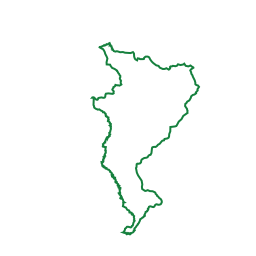 the district of Cáchira, Norte de Santander, Colombia, rotated 306°
{"feature_id": "7082276B44940516663125", "entity_name": "Cáchira", "entity_type": "district", "adm_level": 2, "iso_a3": "COL", "parent_name": "Colombia", "parent_adm1": "Norte de Santander", "projection": "orthographic", "projection_center": [-73.176, 7.699], "detail": "fine", "context": "isolated", "style": "outline", "palette": "green", "viewbox_px": 256, "rotation_deg": 306, "n_neighbors": 0, "source": "geoboundaries", "source_scale": "gbopen_adm2", "svg_char_len": 5826}
<svg xmlns="http://www.w3.org/2000/svg" viewBox="0 0 256 256"><g transform="rotate(306 128 128)"><path d="M175.2,167.3L175.7,166.7L177.0,166.0L177.3,165.3L178.1,164.6L179.3,161.3L181.2,160.2L182.6,160.6L184.1,160.4L186.4,161.4L189.2,161.1L190.8,160.5L192.8,161.0L194.2,162.1L196.1,162.7L196.6,162.0L199.3,162.3L200.2,161.4L203.0,161.3L203.5,159.5L203.2,158.9L202.9,157.5L203.0,156.8L204.4,155.7L205.8,153.9L207.7,150.2L208.5,149.2L209.1,147.4L210.2,146.3L211.2,144.5L212.4,144.5L215.2,145.5L215.4,145.2L215.2,143.5L215.3,141.8L213.3,140.6L212.2,138.1L213.1,135.7L211.9,135.4L209.8,133.5L208.9,131.0L207.2,131.0L205.9,130.1L204.6,127.7L203.6,127.3L202.8,126.2L202.0,126.1L201.1,127.0L200.3,127.0L199.9,127.0L199.6,126.5L199.2,126.5L198.9,123.9L197.5,123.1L196.2,121.5L195.5,118.2L196.2,116.2L195.3,114.0L195.4,110.2L195.7,108.2L196.5,105.7L197.6,103.6L197.4,102.0L196.2,100.4L195.2,100.0L194.2,99.8L193.3,100.3L193.0,100.2L191.0,97.6L190.7,96.9L190.8,96.4L190.1,95.0L188.1,95.6L187.9,93.6L188.2,92.7L189.3,91.1L191.8,89.0L192.3,87.4L190.2,86.1L187.7,82.2L187.1,81.2L186.5,79.3L184.7,77.1L183.9,74.6L183.5,73.8L182.4,72.9L181.9,71.3L182.4,70.1L182.1,69.5L182.7,69.2L182.6,68.4L183.3,68.3L183.6,67.5L184.2,66.9L184.1,66.6L184.4,66.5L184.3,66.0L184.7,65.5L184.5,65.2L184.9,64.6L184.5,64.5L185.4,64.0L185.9,63.2L184.8,62.6L183.9,62.5L183.2,61.9L183.1,61.4L182.7,61.5L181.6,61.1L180.9,60.6L181.0,60.0L180.0,59.7L177.8,58.4L176.7,57.3L176.5,56.7L176.8,60.1L177.2,60.9L176.7,62.7L175.8,64.5L174.6,66.0L173.2,68.8L172.1,70.5L168.6,72.0L166.9,73.4L168.7,76.3L168.1,77.3L167.3,79.8L167.9,82.4L168.0,85.4L167.6,85.6L167.5,86.4L166.6,88.2L166.6,88.9L165.9,90.0L165.7,91.1L164.6,91.9L163.7,92.0L163.0,92.5L162.0,94.7L161.2,94.9L160.0,95.7L159.3,97.1L159.0,97.0L157.3,96.2L156.6,94.6L156.1,94.2L155.5,92.5L154.1,92.9L152.5,92.2L152.1,92.6L151.0,92.5L149.8,92.8L149.3,94.9L148.3,95.3L147.7,96.0L147.0,95.8L146.5,95.4L144.5,91.8L142.8,90.0L141.9,90.1L139.9,91.2L138.8,91.2L137.9,90.3L137.1,88.5L135.2,86.7L134.6,86.4L133.3,86.8L132.7,86.5L132.3,85.6L132.7,82.5L132.4,81.8L131.8,81.2L131.6,81.2L131.9,81.5L131.8,82.3L131.1,83.4L126.3,86.6L125.7,87.8L125.1,88.1L124.6,89.0L124.7,91.3L125.1,92.1L125.1,92.8L126.2,93.8L126.2,95.9L126.6,97.5L126.0,98.5L126.8,99.6L126.4,100.4L126.4,101.4L126.2,101.9L125.7,101.9L124.6,103.1L125.0,103.6L125.0,104.0L124.6,104.3L125.0,106.0L123.7,106.5L123.8,107.0L123.5,107.5L122.5,107.6L122.2,107.9L121.9,107.6L121.7,107.7L121.8,108.6L122.1,109.1L121.6,110.4L121.2,110.5L121.2,111.8L120.3,112.2L119.8,112.7L119.7,111.8L119.3,111.7L119.3,112.6L117.3,114.7L115.2,115.4L114.4,115.9L113.0,115.7L112.7,116.3L112.3,116.4L112.4,117.3L111.4,117.4L110.9,117.8L110.5,117.2L109.5,117.7L109.0,117.6L108.5,117.3L107.7,117.5L108.5,116.6L108.4,116.5L107.5,116.5L107.1,116.9L106.5,116.7L106.1,117.0L105.4,116.9L104.2,117.5L103.5,117.3L102.8,118.1L101.8,117.4L101.1,117.6L100.2,117.2L99.4,118.2L98.7,118.2L98.2,118.5L98.2,118.8L98.8,119.1L98.7,119.9L99.5,121.3L97.6,122.1L97.1,122.7L96.5,122.8L96.4,123.6L95.6,123.8L94.9,124.6L94.1,124.5L92.3,124.9L92.3,125.6L92.0,126.0L90.4,125.3L90.3,126.3L89.6,126.4L89.2,126.1L88.7,126.5L88.4,126.3L87.8,126.4L87.2,126.7L87.2,127.2L86.4,127.8L85.6,127.8L84.9,126.6L84.5,127.0L84.7,127.4L83.8,127.7L83.1,129.0L82.4,129.3L82.8,130.3L82.2,130.4L81.9,131.3L82.1,131.8L82.7,132.1L82.2,133.1L82.7,133.4L82.9,134.1L82.3,134.3L82.5,134.7L82.5,135.9L83.0,137.1L82.7,137.8L82.7,138.8L82.0,139.3L82.2,140.4L82.0,141.3L80.5,142.2L80.6,142.5L81.4,142.9L81.3,143.6L80.4,144.2L80.2,144.1L80.3,143.2L79.7,143.3L79.3,143.6L79.3,144.2L80.0,145.0L79.2,145.8L79.9,146.1L80.2,146.7L79.0,147.2L79.1,148.1L78.4,148.9L77.6,149.0L76.7,149.8L76.7,150.1L77.7,150.5L77.7,150.8L77.0,151.2L76.7,151.8L76.8,152.9L76.2,153.2L76.2,154.5L75.3,154.0L75.2,155.3L74.5,155.1L74.2,155.4L74.2,156.0L75.0,157.1L74.3,157.6L73.3,157.3L72.8,158.0L72.1,158.3L71.1,159.6L69.8,158.8L69.5,159.4L69.8,160.4L69.1,160.7L69.2,162.1L68.7,162.6L68.4,163.6L67.9,163.7L67.4,162.8L66.6,163.1L66.7,164.0L67.5,164.9L66.9,166.2L65.7,167.5L65.7,168.7L65.1,168.1L64.7,168.0L64.1,168.7L61.7,169.9L62.0,171.0L62.0,171.8L62.4,173.1L61.4,175.4L61.9,177.5L60.5,178.8L60.8,179.4L61.3,179.7L61.2,180.3L61.5,180.8L60.3,181.8L60.3,182.2L61.1,182.6L60.4,183.8L60.3,184.8L59.3,185.1L58.1,186.6L57.0,186.9L56.8,187.9L54.8,188.0L51.9,189.2L51.0,188.7L49.9,189.0L49.2,188.7L48.1,186.0L47.4,185.2L46.1,185.2L44.8,184.8L43.7,185.4L41.0,185.7L40.6,185.4L41.0,186.8L41.6,187.2L42.0,187.9L41.6,188.4L41.9,188.8L41.3,189.3L41.3,189.5L41.7,189.7L42.2,189.3L43.1,189.6L43.3,191.0L42.8,191.1L43.1,192.1L43.8,192.3L44.1,191.8L44.4,191.7L44.8,192.4L46.6,193.4L47.6,193.5L48.3,193.0L48.7,193.5L49.3,193.6L50.0,192.5L50.5,192.3L52.1,192.6L54.3,192.5L55.7,192.7L56.1,192.4L57.2,192.6L60.0,192.1L61.4,191.5L62.7,192.1L64.3,192.4L64.8,192.9L65.8,192.8L66.7,193.3L67.2,193.0L67.3,192.4L69.7,192.0L70.4,191.6L71.9,192.5L72.5,192.1L73.6,192.4L74.0,192.3L74.5,191.5L75.4,191.7L76.6,191.3L77.6,191.9L77.9,192.4L78.6,194.4L79.1,195.2L80.1,195.5L81.3,195.2L82.7,195.6L83.2,196.1L83.6,197.5L84.2,198.3L85.4,199.2L86.2,199.3L88.0,198.9L89.0,197.9L89.7,196.5L89.8,193.9L90.3,192.7L90.2,191.3L90.8,190.7L91.0,189.0L91.7,188.2L91.8,187.6L91.3,185.1L89.8,182.8L89.3,180.5L87.5,179.3L87.1,178.6L87.0,175.3L88.6,173.8L90.7,172.8L93.4,170.0L95.6,164.0L97.1,161.4L100.3,158.0L101.3,157.9L103.8,156.3L104.6,156.5L105.3,157.6L106.6,158.6L107.9,158.7L109.7,157.7L111.1,157.8L113.3,158.8L114.6,160.2L115.8,161.0L117.8,160.9L118.9,161.3L119.5,162.0L121.5,161.7L125.9,159.2L126.8,159.1L128.1,160.2L128.9,161.5L130.4,162.0L132.1,162.1L133.8,162.9L137.2,163.1L138.0,163.3L139.2,164.4L140.6,164.0L142.6,165.9L143.9,166.5L145.1,166.3L147.4,164.9L150.1,164.2L153.7,161.7L156.9,165.1L158.0,165.9L158.8,165.9L163.0,165.3L166.6,166.1L170.3,165.6L175.2,167.3Z" fill="none" stroke="#15803d" stroke-width="2"/></g></svg>